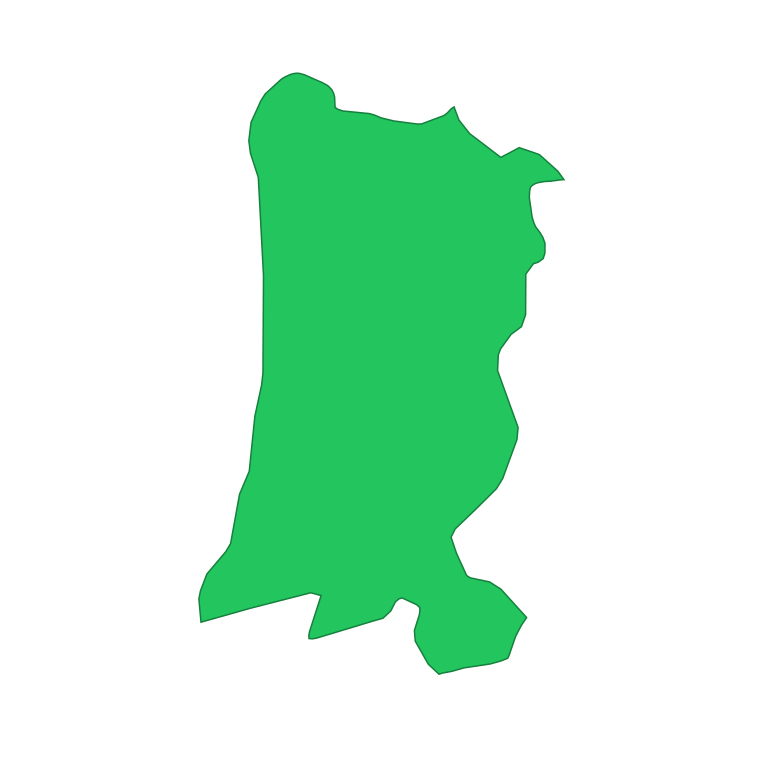 map outline of Zacapa (Mercator projection), rotated 289°
{"feature_id": "GTM-1963", "entity_name": "Zacapa", "entity_type": "Department", "adm_level": 1, "iso_a3": "GTM", "parent_name": "Guatemala", "parent_adm1": "", "projection": "mercator", "projection_center": [-89.448, 15.041], "detail": "fine", "context": "isolated", "style": "filled", "palette": "green", "viewbox_px": 768, "rotation_deg": 289, "n_neighbors": 0, "source": "natural_earth", "source_scale": "10m", "svg_char_len": 1730}
<svg xmlns="http://www.w3.org/2000/svg" viewBox="0 0 768 768"><g transform="rotate(289 384 384)"><path d="M668.8,360.0L658.0,368.9L648.6,383.5L636.3,420.7L651.5,434.9L651.5,456.2L641.8,479.1L635.8,487.6L635.6,487.0L633.1,481.5L632.0,479.6L631.2,477.8L630.2,476.0L627.9,470.3L624.9,464.8L623.7,463.0L622.5,461.6L621.1,460.3L619.6,459.3L617.6,458.4L613.5,459.0L607.6,460.7L590.4,469.5L585.2,473.2L582.0,476.2L577.9,482.3L574.3,486.5L569.5,490.4L560.3,493.5L554.4,493.7L549.4,490.2L546.3,486.1L534.1,482.3L495.7,495.3L483.0,495.3L472.3,488.0L455.2,482.8L448.8,482.6L433.7,487.0L386.6,524.9L374.8,527.8L333.1,527.0L321.6,524.4L296.6,512.1L270.1,498.5L261.0,497.3L247.6,507.6L229.8,524.5L228.8,528.6L231.2,548.3L228.0,561.5L209.6,594.9L200.7,592.5L188.3,590.6L167.5,590.6L164.9,590.2L160.4,585.0L154.0,575.8L141.6,552.0L134.4,541.7L129.7,533.4L127.5,530.5L133.5,517.1L151.0,497.3L160.8,493.0L177.5,492.5L181.3,491.8L184.4,490.5L186.0,486.6L187.6,470.7L185.7,468.1L181.7,465.7L171.7,464.3L162.2,459.3L156.0,450.4L121.8,403.0L119.7,399.2L118.9,396.0L122.1,394.7L125.8,394.2L163.5,393.4L162.7,382.6L128.0,330.0L99.2,288.5L120.6,278.9L128.8,277.8L146.7,278.4L174.0,289.0L183.2,290.9L232.8,283.3L257.6,285.0L311.5,272.4L343.3,268.6L354.9,266.0L447.2,234.8L538.4,197.9L558.7,182.6L570.0,177.0L588.1,173.1L611.9,175.4L619.7,177.3L637.9,187.2L640.1,188.7L642.6,190.9L646.5,195.1L648.3,197.9L649.5,200.4L650.1,202.6L650.5,207.8L648.8,228.0L647.9,233.3L647.2,235.1L645.3,238.7L643.9,240.3L642.6,241.6L639.4,243.8L629.6,247.7L628.7,251.0L628.8,256.4L634.9,282.0L635.2,287.0L634.7,294.8L635.9,307.5L640.5,330.2L642.0,334.7L657.2,353.1L660.6,355.5L666.2,358.0L668.3,359.7L668.8,360.0Z" fill="#22c55e" stroke="#15803d" stroke-width="1.5"/></g></svg>